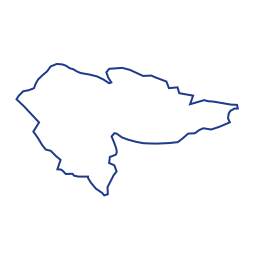 Stepanavan, Lori, Armenia, rotated 178°
{"feature_id": "60910142B48694121515271", "entity_name": "Stepanavan", "entity_type": "district", "adm_level": 2, "iso_a3": "ARM", "parent_name": "Armenia", "parent_adm1": "Lori", "projection": "equal_earth", "projection_center": [44.342, 41.021], "detail": "fine", "context": "isolated", "style": "outline", "palette": "blue", "viewbox_px": 256, "rotation_deg": 178, "n_neighbors": 0, "source": "geoboundaries", "source_scale": "gbopen_adm2", "svg_char_len": 1398}
<svg xmlns="http://www.w3.org/2000/svg" viewBox="0 0 256 256"><g transform="rotate(178 128 128)"><path d="M144.7,187.8L147.7,184.5L146.1,179.3L143.1,174.1L145.3,173.4L151.0,177.4L157.3,180.7L164.8,182.8L173.4,184.6L176.7,186.1L180.8,188.7L184.2,189.8L187.6,192.3L191.3,193.8L196.9,194.5L203.2,192.2L206.9,187.4L212.1,183.3L216.2,179.6L218.7,175.5L220.6,171.0L226.1,169.2L231.4,168.4L236.2,163.9L238.4,160.6L230.9,153.0L226.6,148.0L224.1,145.2L223.1,144.0L216.7,136.7L222.7,127.7L218.7,121.7L217.0,118.7L214.6,114.3L211.1,109.4L206.0,107.9L201.0,102.5L196.5,98.5L200.0,89.2L196.4,88.8L194.4,87.2L191.8,84.2L185.1,84.2L183.5,82.2L179.4,81.2L169.6,80.8L169.6,79.2L167.0,74.7L162.3,68.6L156.1,64.0L154.1,61.5L150.5,62.5L150.5,69.7L146.5,76.8L143.9,81.5L140.9,85.0L143.0,91.2L148.1,93.7L147.1,99.8L145.1,100.3L141.0,101.9L140.0,104.4L140.5,108.0L142.1,113.1L144.7,120.2L141.7,123.3L139.6,122.8L134.4,118.8L128.2,116.3L120.0,113.8L113.3,112.3L107.1,111.8L99.4,111.4L88.1,111.5L78.8,112.1L73.7,115.7L68.1,120.3L61.4,120.4L56.8,123.5L52.7,125.1L45.0,123.6L37.3,125.8L26.0,130.1L26.8,131.9L27.7,134.2L26.9,138.7L25.3,141.4L21.0,143.7L17.6,143.6L18.2,147.3L24.3,147.8L41.1,151.3L42.4,151.5L47.2,152.0L50.8,153.2L65.1,149.6L61.8,158.1L75.6,161.0L77.1,166.9L85.7,166.4L88.0,173.1L99.2,177.8L102.9,179.6L111.1,179.5L124.2,186.1L131.7,188.3L144.7,187.8Z" fill="none" stroke="#1e3a8a" stroke-width="2"/></g></svg>